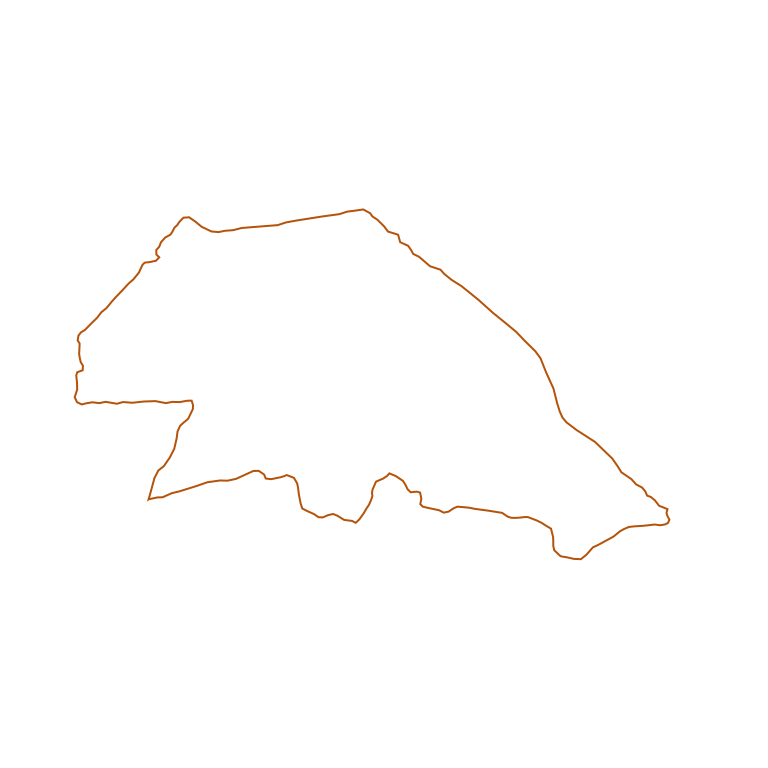 outline of Pajala, Norrbotten, Sweden, rotated 103°
{"feature_id": "70781695B61999332123961", "entity_name": "Pajala", "entity_type": "district", "adm_level": 2, "iso_a3": "SWE", "parent_name": "Sweden", "parent_adm1": "Norrbotten", "projection": "mercator", "projection_center": [23.06, 67.406], "detail": "fine", "context": "isolated", "style": "outline", "palette": "amber", "viewbox_px": 768, "rotation_deg": 103, "n_neighbors": 0, "source": "geoboundaries", "source_scale": "gbopen_adm2", "svg_char_len": 3081}
<svg xmlns="http://www.w3.org/2000/svg" viewBox="0 0 768 768"><g transform="rotate(103 384 384)"><path d="M235.4,403.8L235.0,408.6L234.6,414.4L230.5,419.2L225.4,427.4L223.4,432.9L220.7,435.9L218.6,443.5L221.0,449.6L224.4,458.8L228.5,465.6L234.6,481.7L238.7,491.9L244.5,506.3L248.6,515.8L253.1,523.3L264.0,557.8L268.1,565.7L270.5,573.5L273.2,579.3L274.2,586.5L271.8,597.1L268.1,604.6L265.4,611.4L267.1,616.9L272.2,619.9L273.4,620.4L275.9,621.3L278.7,623.3L283.1,624.4L286.5,625.7L290.6,630.2L296.1,633.2L300.9,633.9L304.6,636.0L309.1,634.9L311.1,631.5L315.2,633.9L317.9,639.7L319.6,644.5L322.4,646.2L330.6,647.9L338.4,651.7L343.5,655.4L350.7,659.5L359.2,664.6L365.4,668.0L372.5,671.5L377.7,675.6L383.8,678.3L388.6,681.4L393.4,684.4L398.5,687.5L401.9,690.9L405.6,692.6L410.4,692.3L413.0,689.7L419.3,688.5L423.4,687.8L427.5,686.1L430.9,684.4L434.0,681.4L438.4,680.7L441.5,685.5L444.9,685.8L451.7,683.4L458.6,681.7L466.4,682.4L470.8,679.0L471.9,673.9L469.8,669.8L467.4,664.0L466.7,657.1L464.0,651.3L463.7,645.9L463.3,639.7L460.3,634.3L458.9,625.0L455.1,614.1L452.1,602.9L451.7,592.3L449.0,586.1L447.6,579.0L444.6,572.1L443.5,567.7L447.6,565.3L451.4,564.6L462.0,567.0L467.4,571.1L470.5,573.2L476.6,574.5L483.8,573.8L494.4,573.8L503.9,576.2L513.5,580.0L519.0,584.4L527.2,586.5L545.6,587.2L549.4,587.4L549.2,587.2L545.5,579.3L544.2,574.3L538.1,566.2L534.8,559.5L525.2,543.1L519.5,534.1L514.9,522.1L513.4,514.7L509.7,506.8L498.1,491.7L496.8,486.5L499.2,480.4L502.7,478.0L502.1,472.5L498.1,463.8L496.2,460.5L494.6,458.3L495.7,450.7L500.3,446.3L504.0,444.6L511.2,441.9L519.1,438.4L523.7,435.6L525.0,430.6L526.5,422.9L528.5,417.9L527.8,413.7L524.3,408.9L522.1,404.4L522.8,399.8L525.4,392.3L524.6,384.3L525.6,380.3L521.3,377.5L514.3,374.6L509.3,373.1L504.9,371.4L499.9,370.5L495.7,370.1L492.9,371.2L489.4,371.4L480.9,369.8L476.3,363.5L473.0,360.4L469.9,358.7L471.0,351.9L474.1,343.8L477.4,340.4L481.3,337.3L483.5,333.6L481.5,327.9L481.7,324.4L487.4,321.8L492.9,321.6L494.8,318.5L494.8,311.5L494.6,302.1L495.9,296.9L493.8,292.3L489.6,288.4L487.0,284.9L486.1,278.7L485.4,273.3L485.2,267.0L484.6,260.8L483.9,253.2L483.0,239.9L485.4,233.7L485.7,229.6L484.8,225.4L483.3,220.6L482.0,217.1L481.3,213.9L482.6,204.5L483.9,199.0L485.4,194.9L487.4,188.7L490.0,187.4L495.1,184.8L498.3,183.9L503.8,182.6L507.7,180.7L512.1,173.2L511.7,166.0L511.7,159.7L510.4,152.7L504.7,148.3L496.2,143.7L492.7,139.2L487.6,133.5L481.1,126.1L474.5,121.0L471.3,117.5L468.2,113.2L466.4,108.1L463.8,99.4L462.1,94.4L460.1,88.9L459.5,83.2L457.7,78.7L455.5,76.0L452.0,75.4L448.8,78.2L446.1,79.7L442.1,79.7L440.8,88.5L436.4,93.9L434.0,98.7L433.6,102.5L429.9,105.2L426.8,109.3L425.1,115.8L421.0,121.6L416.6,132.9L411.8,137.6L405.3,144.8L393.0,165.3L385.5,186.1L380.4,197.4L376.6,202.5L371.2,206.6L363.7,211.0L350.4,217.8L336.0,228.8L323.7,237.3L317.9,244.1L310.4,256.4L303.6,266.7L297.1,279.6L290.3,293.6L280.7,311.0L271.2,330.5L267.4,341.4L263.3,349.9L259.9,354.7L258.9,365.6L254.4,374.2L252.1,378.6L250.7,384.8L247.3,387.8L243.9,391.6L242.2,400.1L238.4,402.2L235.4,403.8Z" fill="none" stroke="#b45309" stroke-width="2"/></g></svg>